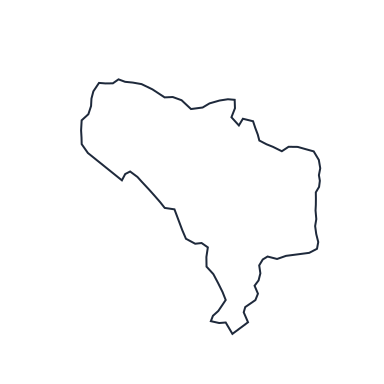 Laurentino, Santa Catarina, Brazil (Equal Earth projection), rotated 301°
{"feature_id": "56859067B62662309079841", "entity_name": "Laurentino", "entity_type": "district", "adm_level": 2, "iso_a3": "BRA", "parent_name": "Brazil", "parent_adm1": "Santa Catarina", "projection": "equal_earth", "projection_center": [-49.737, -27.204], "detail": "fine", "context": "isolated", "style": "outline", "palette": "slate", "viewbox_px": 384, "rotation_deg": 301, "n_neighbors": 0, "source": "geoboundaries", "source_scale": "gbopen_adm2", "svg_char_len": 1345}
<svg xmlns="http://www.w3.org/2000/svg" viewBox="0 0 384 384"><g transform="rotate(301 192 192)"><path d="M278.4,289.7L284.8,284.2L289.5,275.4L287.3,267.5L285.1,259.4L280.5,251.5L273.2,248.0L272.4,238.1L271.3,231.3L270.8,223.2L275.1,218.8L279.7,213.0L284.1,207.9L281.0,197.9L273.2,197.9L276.4,187.3L285.9,185.7L293.0,181.1L290.0,175.0L284.6,168.5L277.0,161.4L269.9,157.6L262.6,148.4L265.3,135.8L263.5,126.6L259.0,119.8L259.6,105.2L258.5,93.2L255.3,84.9L252.0,77.9L250.7,71.0L244.4,68.2L240.6,62.1L237.6,56.1L227.5,55.6L220.3,57.7L213.7,61.2L205.3,63.1L196.6,60.5L187.7,65.2L181.7,69.3L176.2,72.8L171.8,82.7L165.9,125.9L173.0,125.5L177.7,128.4L176.8,137.5L174.9,143.7L172.1,153.5L169.4,162.2L166.8,170.2L164.3,176.8L168.1,185.9L154.3,203.3L148.8,210.9L149.3,221.4L153.2,226.5L152.7,234.1L143.7,237.8L135.5,242.9L132.6,252.6L127.3,261.4L122.0,269.7L116.8,276.5L110.5,276.2L103.5,275.8L96.7,273.7L91.0,274.7L93.7,282.8L97.5,288.1L91.2,299.7L109.2,307.1L115.5,298.3L120.8,296.9L126.9,299.7L132.0,302.0L138.8,300.9L143.9,293.9L150.5,294.6L157.5,292.5L163.7,287.4L170.6,287.4L175.6,290.0L178.4,299.4L185.7,305.5L193.3,315.1L200.2,323.8L207.7,328.4L214.1,326.0L220.0,320.1L226.2,315.1L232.8,312.5L239.8,307.4L244.7,304.8L250.0,301.7L255.5,298.3L261.8,298.3L267.5,295.8L271.8,292.1L278.4,289.7Z" fill="none" stroke="#1e293b" stroke-width="2"/></g></svg>